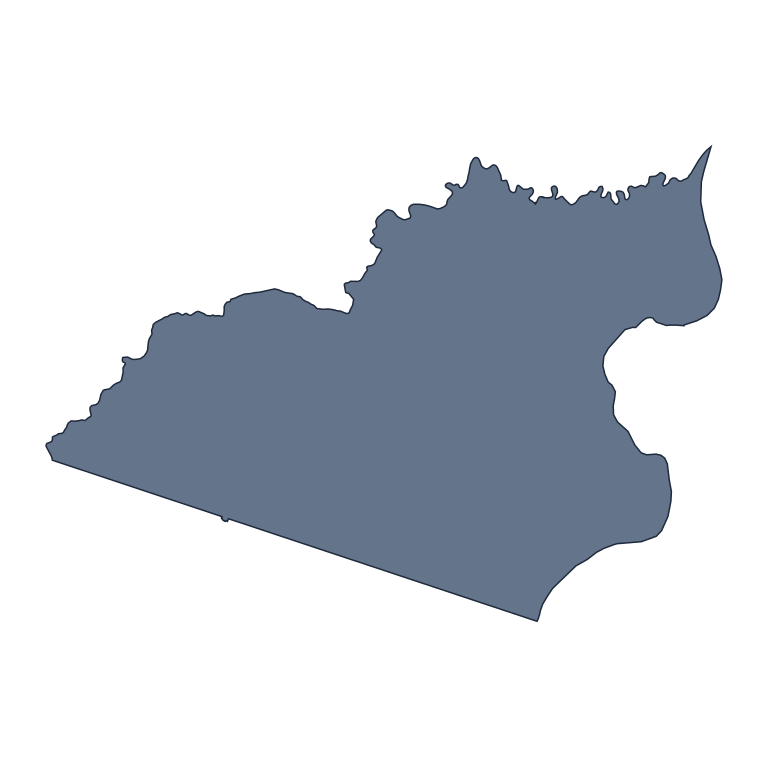 the district of Puerto Triunfo, Antioquia, Colombia
{"feature_id": "7082276B75593797021396", "entity_name": "Puerto Triunfo", "entity_type": "district", "adm_level": 2, "iso_a3": "COL", "parent_name": "Colombia", "parent_adm1": "Antioquia", "projection": "albers", "projection_center": [-74.698, 5.958], "detail": "fine", "context": "isolated", "style": "filled", "palette": "slate", "viewbox_px": 768, "rotation_deg": 0, "n_neighbors": 0, "source": "geoboundaries", "source_scale": "gbopen_adm2", "svg_char_len": 6096}
<svg xmlns="http://www.w3.org/2000/svg" viewBox="0 0 768 768"><path d="M537.0,621.3L538.1,619.1L539.5,614.8L540.3,610.9L542.7,604.1L547.6,595.9L552.6,588.4L576.0,565.8L587.5,559.3L596.2,552.5L603.6,548.5L613.7,544.7L617.1,543.7L641.3,541.7L656.2,536.3L661.5,530.8L668.0,516.3L670.9,501.1L671.4,491.6L669.2,479.6L667.3,463.7L664.8,458.2L661.0,455.3L656.1,454.1L646.7,454.8L641.0,452.7L634.8,445.0L628.0,431.4L617.5,422.0L613.6,414.8L613.2,405.9L614.5,399.1L615.4,391.8L612.0,385.2L608.2,382.1L604.9,374.4L602.9,366.0L603.8,356.4L608.4,348.2L625.0,329.6L632.5,327.4L635.7,327.5L641.5,321.7L644.8,319.1L647.2,317.9L649.7,317.5L652.3,317.9L653.0,318.2L654.7,320.5L656.7,322.3L666.6,325.5L669.1,325.1L675.6,325.1L684.1,325.7L684.2,324.9L696.6,320.9L707.0,315.5L714.3,308.2L718.4,299.3L720.5,290.0L721.9,279.8L719.8,268.7L716.0,256.5L710.9,244.8L708.7,234.9L704.1,219.6L700.7,201.7L701.4,181.7L703.7,171.7L711.0,146.7L706.9,150.1L703.4,153.9L698.7,160.3L691.1,173.2L688.9,175.9L688.2,177.4L687.0,178.4L682.9,180.1L681.7,181.0L680.5,181.1L678.6,180.8L676.3,178.6L675.3,178.2L673.5,177.9L672.4,178.2L670.2,179.8L668.6,183.0L667.6,183.8L665.2,185.6L663.6,185.8L663.0,185.4L662.9,184.5L663.1,183.2L665.2,178.6L665.5,177.3L665.2,175.4L664.6,174.7L662.2,172.9L660.5,172.7L659.5,173.2L658.1,174.6L655.5,176.2L650.5,176.6L649.7,176.9L649.1,178.7L648.8,182.5L645.8,186.5L645.4,186.8L643.6,185.9L641.0,185.4L635.4,187.7L634.5,187.7L631.3,186.2L629.7,186.5L629.0,187.0L628.2,188.1L627.9,189.7L628.2,191.1L629.4,193.3L629.6,196.1L628.7,198.3L627.2,199.6L626.1,199.6L625.0,198.9L624.2,194.3L623.1,192.3L621.7,191.5L620.5,191.2L618.0,191.0L616.9,191.4L616.4,192.2L616.6,194.5L618.7,198.5L619.1,201.0L618.9,201.8L618.1,203.2L616.8,204.3L616.2,204.4L615.1,204.0L614.3,203.1L611.1,199.1L610.6,193.7L610.3,193.1L609.4,192.3L608.4,192.1L608.0,192.3L606.3,195.9L605.5,196.9L603.6,197.6L602.2,197.6L601.2,197.2L600.9,196.1L601.2,194.4L602.8,190.5L603.0,188.9L602.2,186.6L601.2,186.3L599.5,186.9L598.9,187.4L597.7,190.1L596.1,191.8L594.6,192.1L591.2,191.1L590.1,191.3L587.6,194.4L586.2,195.1L582.3,195.8L580.9,196.5L579.5,197.5L575.7,202.7L573.1,204.4L570.9,204.8L570.2,204.5L565.1,199.6L562.6,196.6L561.2,196.5L556.9,199.1L556.1,199.4L555.5,199.2L555.4,196.9L557.4,192.7L557.5,191.1L557.1,188.4L556.3,187.2L555.8,186.5L554.3,186.0L552.3,186.7L551.4,188.0L551.5,189.7L552.8,194.0L552.8,195.7L552.3,196.5L550.6,197.5L547.0,197.8L543.1,197.5L543.3,197.0L541.1,196.7L539.9,196.8L538.7,197.7L536.8,201.8L535.2,202.7L536.1,203.2L535.4,204.0L532.4,201.3L529.8,199.8L529.1,198.4L529.7,196.9L532.3,194.2L533.3,192.2L533.3,190.3L532.8,189.1L532.0,188.1L531.2,187.7L530.2,187.9L528.7,188.9L527.5,189.2L523.8,189.3L522.9,188.9L519.0,185.6L517.8,185.4L516.9,186.5L515.9,190.6L515.2,192.0L513.7,192.6L512.5,192.4L511.1,191.8L509.6,190.2L508.3,185.1L506.8,180.9L506.0,180.3L503.2,180.8L501.4,180.2L500.9,175.9L500.6,174.8L497.3,167.4L496.0,165.8L494.5,165.0L492.8,165.0L489.2,167.8L487.1,168.8L486.0,168.8L484.4,168.3L482.3,166.8L481.3,165.6L479.7,161.0L478.3,158.4L476.7,157.5L474.8,157.8L473.7,158.6L472.8,159.8L470.6,163.9L469.5,169.2L469.1,172.3L468.3,175.1L467.5,179.5L466.4,182.8L464.7,185.2L462.7,187.4L461.6,187.9L460.5,187.8L459.7,187.4L458.7,185.2L457.9,184.4L456.2,184.3L454.9,185.1L453.3,185.2L450.1,183.0L448.4,183.0L447.5,183.3L446.3,184.0L445.4,185.1L445.6,186.7L446.3,187.5L448.6,188.7L451.2,190.5L452.0,191.3L452.5,192.8L452.4,193.6L451.6,195.3L447.9,199.4L447.1,201.3L446.8,204.0L445.4,205.7L444.3,206.6L440.0,208.6L437.2,208.9L429.9,206.3L424.8,205.0L419.7,204.3L413.4,204.3L410.8,205.4L409.4,207.0L409.1,207.8L408.9,208.7L409.0,211.0L410.8,216.0L410.3,217.7L408.8,218.5L405.4,219.7L403.6,219.7L402.6,219.3L398.8,217.4L397.2,216.3L394.2,212.6L392.2,210.9L388.3,209.8L386.3,210.1L377.6,217.6L376.0,220.8L375.8,221.7L376.6,225.6L376.3,227.3L375.3,228.4L373.4,229.5L372.8,230.7L372.9,232.2L374.2,234.1L374.4,235.1L372.6,237.3L371.0,238.7L370.5,239.3L370.3,240.6L370.4,241.3L371.4,243.0L374.0,244.7L376.1,247.2L380.2,248.1L381.5,249.2L381.6,250.3L377.2,257.3L374.7,263.6L371.9,265.5L368.0,266.2L366.8,267.1L366.7,267.6L367.3,269.7L367.1,270.5L364.7,273.7L362.5,277.9L360.9,279.9L360.2,280.6L357.9,281.4L350.5,281.3L348.6,282.6L345.6,283.1L344.4,284.1L344.3,284.9L345.7,292.4L346.5,292.9L348.8,293.4L353.6,299.3L352.7,305.1L350.1,310.2L349.0,313.1L346.9,313.5L345.5,313.2L340.4,311.1L337.3,310.8L333.8,309.8L330.0,309.2L328.1,309.0L323.3,309.3L317.3,308.6L316.5,308.2L314.5,305.9L313.3,305.1L311.2,304.3L308.1,302.2L305.6,301.3L303.0,299.7L300.2,296.7L297.1,296.3L293.0,293.7L284.7,292.4L278.4,289.8L274.6,288.9L259.7,292.2L254.3,292.7L250.9,293.5L244.3,294.1L238.9,296.2L235.3,298.0L230.9,299.3L230.2,301.3L229.7,301.7L226.9,302.2L225.2,304.2L224.2,306.4L224.2,310.5L223.7,315.0L222.6,316.1L221.8,316.4L218.9,315.6L214.5,315.9L213.0,315.0L210.6,315.9L206.4,315.5L204.3,313.9L198.5,311.4L197.7,311.4L195.7,312.2L190.9,315.4L189.2,315.1L186.2,313.4L184.9,313.7L183.1,314.9L182.0,315.0L178.7,313.2L177.2,312.8L174.2,313.9L171.9,314.2L170.2,314.8L167.7,316.5L164.6,317.3L161.9,319.1L155.7,322.3L153.6,324.1L153.1,324.9L152.7,327.4L151.6,330.2L152.0,334.2L149.5,338.4L148.5,341.2L147.5,350.3L146.4,352.8L144.1,356.1L140.1,358.8L135.3,359.4L132.9,359.4L131.5,359.0L127.7,357.1L123.1,357.4L122.7,357.6L122.3,360.1L122.5,361.2L123.3,362.1L124.8,362.7L125.3,363.9L123.0,367.9L123.2,372.0L121.4,380.4L119.6,382.1L116.4,383.3L113.6,385.0L109.7,388.8L104.5,389.8L103.2,390.4L100.9,394.5L99.6,400.3L98.1,403.1L95.9,404.7L91.8,405.6L90.3,407.0L90.0,408.4L90.0,410.1L91.1,415.1L90.9,416.2L87.5,418.4L86.0,419.9L84.5,420.5L81.7,419.9L78.8,420.7L74.6,421.2L71.6,420.9L70.8,421.1L68.2,423.2L67.3,425.0L66.6,427.3L64.7,429.9L63.4,432.5L62.0,433.3L58.3,433.8L56.8,435.0L53.0,436.6L52.4,437.3L52.5,439.3L51.8,441.2L50.3,442.2L47.1,443.3L46.2,444.5L46.1,446.3L51.3,456.1L52.1,458.6L52.3,460.2L221.9,516.6L221.8,517.4L221.5,517.4L221.6,518.5L222.1,518.4L222.7,519.9L223.3,520.4L224.6,520.8L224.5,521.1L225.0,521.3L225.1,521.0L226.0,521.2L226.4,520.9L227.4,521.4L228.6,518.8L537.0,621.3Z" fill="#64748b" stroke="#1e293b" stroke-width="1.5"/></svg>